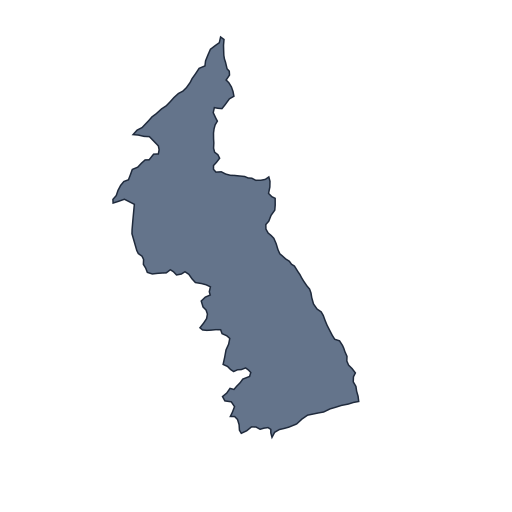 Teolândia, Bahia, Brazil, rotated 220°
{"feature_id": "56859067B17298582971719", "entity_name": "Teolândia", "entity_type": "district", "adm_level": 2, "iso_a3": "BRA", "parent_name": "Brazil", "parent_adm1": "Bahia", "projection": "equal_earth", "projection_center": [-39.49, -13.568], "detail": "fine", "context": "isolated", "style": "filled", "palette": "slate", "viewbox_px": 512, "rotation_deg": 220, "n_neighbors": 0, "source": "geoboundaries", "source_scale": "gbopen_adm2", "svg_char_len": 3139}
<svg xmlns="http://www.w3.org/2000/svg" viewBox="0 0 512 512"><g transform="rotate(220 256 256)"><path d="M127.2,127.4L128.4,132.9L126.6,138.0L123.6,142.0L120.9,145.9L116.9,153.5L116.0,160.6L114.2,167.2L110.8,171.5L107.4,175.8L103.9,180.0L101.0,186.5L97.8,191.3L94.5,196.5L90.2,201.8L87.2,206.5L83.8,210.6L87.7,214.2L92.0,217.1L95.6,220.3L100.6,222.1L103.7,226.1L104.7,230.3L110.0,231.5L114.9,231.9L118.9,233.9L121.8,237.6L126.5,239.9L129.4,241.7L132.3,243.1L137.5,244.7L142.2,242.8L146.5,244.2L151.3,246.2L157.2,248.7L161.6,251.0L166.3,253.7L170.2,255.1L175.1,254.6L181.1,256.2L186.5,259.9L190.1,263.0L193.7,265.1L197.8,265.8L203.5,267.4L207.3,268.7L210.4,270.0L213.7,270.9L220.1,273.0L223.5,272.5L227.1,273.4L231.4,272.8L236.0,273.0L239.2,273.0L243.3,275.0L248.5,278.4L253.7,281.0L257.4,281.4L261.5,281.4L265.7,283.0L268.7,286.4L268.6,290.9L270.6,296.8L271.1,303.2L274.0,307.3L278.4,312.5L281.9,311.6L286.6,312.0L289.7,317.7L293.3,322.2L297.0,324.8L298.1,320.7L301.0,317.1L304.9,313.8L309.2,312.9L312.2,310.7L315.8,309.6L320.2,306.6L324.4,303.8L327.4,301.4L331.9,299.3L336.7,298.2L340.6,294.5L344.3,295.1L346.7,298.0L346.5,302.2L346.7,307.5L350.3,309.1L354.4,308.9L357.8,311.3L360.9,315.4L364.0,318.7L367.6,322.9L369.9,326.5L371.6,330.2L372.3,334.5L375.3,335.7L380.9,338.3L383.3,342.9L380.1,344.7L376.8,347.0L376.9,351.8L377.4,359.3L375.6,364.2L379.3,367.2L383.5,369.7L388.3,371.3L392.0,371.6L392.6,377.6L395.3,380.4L398.5,380.8L401.3,382.9L404.0,384.9L406.9,386.7L409.6,389.0L413.2,393.0L416.3,396.5L419.7,401.3L423.9,401.0L421.2,395.8L422.4,391.3L423.8,385.1L422.1,379.3L420.1,373.1L417.3,368.8L420.2,363.2L419.4,356.3L419.0,350.9L418.0,346.7L417.5,340.2L418.0,335.2L419.9,330.6L420.7,324.7L420.9,318.7L421.3,313.4L422.9,308.0L423.9,300.7L425.1,295.9L425.2,290.7L425.5,286.0L425.8,281.2L428.0,276.0L428.2,270.0L423.9,273.0L418.6,275.7L414.4,278.9L401.6,277.6L398.5,275.1L396.4,271.4L399.9,268.2L399.7,261.0L402.7,258.3L403.4,253.5L403.7,248.0L406.4,242.8L404.3,237.1L402.7,232.4L405.1,228.1L405.1,223.2L403.9,217.6L401.9,212.5L402.0,207.4L399.5,204.7L396.4,209.6L393.3,214.9L382.4,217.4L372.8,203.5L368.0,196.7L365.3,193.3L350.9,183.6L347.7,182.2L343.2,182.6L339.9,181.1L336.9,177.2L332.7,175.8L328.7,173.6L323.9,175.6L320.2,179.5L317.0,182.6L313.9,185.4L312.8,190.4L309.1,190.9L304.7,190.4L301.6,194.2L300.3,198.3L295.6,198.8L290.5,197.4L285.4,196.7L280.0,199.9L275.7,201.9L271.1,203.1L268.8,198.6L266.0,196.7L268.4,191.9L269.0,186.3L263.8,182.9L259.5,182.5L255.9,180.3L253.6,176.3L253.0,171.1L252.8,165.0L249.4,165.0L245.9,167.4L242.7,170.4L239.6,173.6L235.7,176.8L232.1,174.7L227.2,176.1L223.1,176.0L220.3,170.9L218.6,164.8L214.9,158.3L211.5,151.8L206.8,153.1L202.6,152.7L198.9,153.1L197.0,157.0L194.3,159.5L192.0,163.6L188.4,163.8L185.1,163.4L183.5,159.6L187.0,153.2L186.7,149.0L187.1,143.8L187.1,139.6L190.8,137.9L190.3,132.2L191.3,126.8L186.7,125.0L181.2,128.4L175.6,126.8L173.7,121.3L172.5,116.6L169.1,119.3L165.1,118.9L160.5,115.9L156.7,111.9L153.3,110.7L150.8,116.1L149.6,122.2L146.1,125.0L141.5,125.9L139.2,129.3L136.5,132.3L133.2,132.7L130.9,130.0L127.2,127.4Z" fill="#64748b" stroke="#1e293b" stroke-width="1.5"/></g></svg>